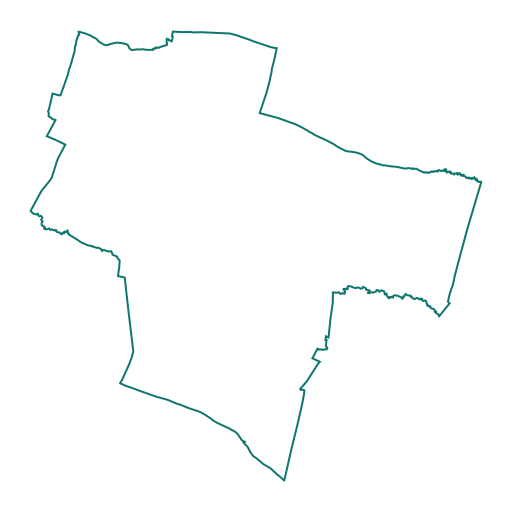 outline of Vela, Dolj, Romania
{"feature_id": "2599482B98796919429095", "entity_name": "Vela", "entity_type": "district", "adm_level": 2, "iso_a3": "ROU", "parent_name": "Romania", "parent_adm1": "Dolj", "projection": "orthographic", "projection_center": [23.395, 44.274], "detail": "fine", "context": "isolated", "style": "outline", "palette": "teal", "viewbox_px": 512, "rotation_deg": 0, "n_neighbors": 0, "source": "geoboundaries", "source_scale": "gbopen_adm2", "svg_char_len": 5926}
<svg xmlns="http://www.w3.org/2000/svg" viewBox="0 0 512 512"><path d="M284.0,480.4L284.7,478.6L291.2,450.1L297.7,423.6L302.1,404.3L304.1,393.6L304.4,390.5L304.2,390.2L302.8,389.7L300.7,389.8L300.2,389.0L306.8,381.3L317.9,364.0L319.8,361.8L312.4,358.3L317.5,348.7L318.2,348.8L318.9,349.6L321.3,349.4L322.7,349.8L324.1,349.7L324.8,349.3L326.4,349.3L327.1,349.0L327.3,347.8L325.8,346.0L326.6,340.2L325.5,340.1L325.9,336.4L328.5,337.5L330.7,316.7L332.8,302.7L332.9,292.5L333.8,292.3L336.1,292.8L338.8,292.3L339.4,292.6L340.0,293.7L340.5,293.9L341.2,293.9L342.5,293.0L344.2,293.8L344.8,293.2L345.0,291.3L344.8,290.9L343.6,289.7L343.5,289.1L343.8,288.8L345.4,288.8L347.5,289.2L347.7,288.8L347.6,286.5L348.6,286.1L350.8,286.4L354.5,287.9L356.4,288.0L356.9,287.6L358.2,287.4L360.7,288.7L362.4,288.2L362.9,287.0L365.1,287.7L366.0,288.5L366.1,289.7L369.5,290.4L369.1,291.8L367.8,292.6L367.9,292.9L369.1,293.2L369.5,293.2L370.9,292.1L373.1,292.7L376.2,291.4L376.4,291.0L376.4,290.3L376.7,290.1L378.4,290.3L379.2,291.5L379.6,291.8L381.3,290.3L381.9,290.4L384.2,291.5L384.5,292.3L384.6,294.1L384.9,294.4L386.6,293.7L386.8,294.0L386.6,295.4L388.7,298.2L389.5,297.9L389.7,297.0L391.2,297.3L391.3,296.9L391.6,296.8L393.0,297.4L393.2,296.1L394.8,295.2L398.0,295.9L400.1,296.8L401.3,297.5L402.0,298.5L402.5,298.7L402.9,298.0L403.0,296.5L404.1,296.5L405.1,295.1L405.3,294.1L405.7,294.1L407.4,295.2L409.9,295.7L410.5,296.1L410.7,296.6L411.3,296.2L412.4,297.8L413.5,298.8L415.2,298.9L416.6,298.0L417.3,298.0L419.8,299.5L420.4,299.2L420.9,298.5L422.3,299.1L422.0,300.0L422.3,300.5L423.7,301.0L425.0,300.5L426.1,301.1L426.6,302.6L426.6,303.6L427.4,304.4L427.2,305.3L427.3,305.7L428.6,305.7L429.5,306.7L430.3,306.4L430.5,307.5L430.8,307.9L432.0,308.6L434.0,309.2L434.8,310.4L434.7,311.5L435.7,311.4L436.1,311.7L436.1,312.0L435.7,312.5L435.8,312.9L439.3,315.0L438.8,315.8L439.1,316.3L449.6,303.4L448.0,301.8L448.5,298.9L449.3,295.6L451.4,288.6L452.3,286.9L454.1,279.5L454.4,277.5L457.4,265.7L467.4,228.7L481.3,182.0L480.9,181.7L480.2,182.0L479.6,181.7L478.8,181.9L478.5,181.5L477.7,181.4L477.4,181.1L477.4,180.6L476.4,180.3L476.8,179.4L475.6,179.4L475.8,178.8L475.6,178.4L474.3,178.4L474.2,177.5L472.1,179.1L471.7,179.0L471.6,178.1L470.9,178.5L469.6,178.5L469.7,177.8L469.5,177.6L468.7,177.6L467.7,178.2L467.0,177.7L466.2,177.8L465.6,176.6L464.1,176.1L463.8,175.2L463.3,175.7L462.6,175.6L462.4,175.3L462.7,174.8L462.4,174.7L461.9,175.4L461.9,175.7L460.9,175.4L460.5,174.9L460.4,173.9L459.5,173.1L458.5,173.5L458.6,174.1L457.6,174.6L457.1,174.1L457.0,173.1L455.9,173.5L454.8,173.5L454.0,174.4L453.5,173.7L451.0,173.7L450.6,173.3L451.0,172.3L450.5,171.7L449.6,172.0L448.9,171.6L448.3,172.1L447.6,171.9L446.8,172.5L446.3,171.7L446.3,170.0L445.9,169.4L445.1,169.1L444.7,169.4L445.3,170.1L445.3,170.7L445.0,171.0L444.2,171.1L442.5,170.5L441.4,170.9L440.1,170.8L439.5,170.2L438.9,170.2L437.9,170.6L437.9,171.3L437.6,171.6L436.9,171.0L436.0,171.0L434.1,171.8L433.5,171.3L432.5,171.9L431.6,171.4L430.7,172.1L430.2,172.1L429.5,172.6L429.0,172.4L428.4,172.9L427.1,172.3L425.5,172.7L425.2,172.3L423.9,172.5L418.9,170.3L416.3,168.7L414.2,168.9L413.3,168.4L412.7,168.9L412.1,168.6L411.4,168.8L410.5,168.3L408.7,168.1L405.0,168.6L395.8,166.7L391.1,166.4L385.3,165.4L383.1,165.4L380.3,164.4L379.0,164.3L375.3,163.1L371.0,161.2L366.3,158.2L362.7,154.9L359.0,153.3L354.3,152.1L345.9,151.1L343.2,149.7L338.8,147.5L333.6,144.1L326.0,140.1L315.8,135.5L301.9,127.4L296.0,124.5L278.1,118.0L259.7,113.1L266.3,93.4L269.6,81.1L271.5,72.2L271.9,68.9L274.5,58.8L276.7,48.2L274.7,48.0L270.4,47.0L253.6,41.4L249.5,39.7L236.0,35.1L229.9,33.5L200.6,32.2L192.8,32.4L190.8,32.0L182.6,32.1L172.9,31.6L172.0,36.1L172.7,36.5L172.5,38.5L171.7,41.3L169.0,40.3L169.1,39.5L166.8,38.9L166.6,41.8L166.6,42.5L167.0,43.1L166.9,45.0L160.3,47.0L158.8,47.5L158.6,47.9L155.6,47.5L155.3,48.7L153.2,48.7L152.9,49.9L145.9,49.8L143.4,49.2L140.8,49.5L136.2,49.4L132.4,50.1L131.8,50.0L129.8,48.9L129.2,48.0L128.3,45.7L127.1,44.5L125.4,43.9L120.4,42.9L116.3,42.6L110.0,44.1L107.7,45.1L105.4,45.1L103.5,44.4L98.8,41.6L96.3,38.7L93.1,37.2L90.7,35.6L83.5,32.8L81.2,32.5L80.3,31.9L78.6,31.9L79.2,34.2L79.2,34.8L78.2,35.2L76.8,39.6L76.2,40.3L76.4,41.9L76.2,42.5L75.6,44.5L75.8,45.2L75.0,46.6L74.8,47.8L74.8,50.3L71.3,62.9L68.8,70.6L68.0,74.2L60.7,94.9L60.3,95.3L59.2,95.4L52.6,93.6L49.0,109.1L48.1,111.3L48.8,113.3L48.6,116.2L50.2,117.1L53.0,119.5L54.1,119.4L55.5,120.1L46.8,136.2L54.9,139.6L65.3,144.6L58.4,157.7L57.1,160.7L51.8,177.5L50.2,180.1L41.4,191.0L30.9,210.3L30.7,211.1L33.4,213.7L36.5,214.5L36.9,214.4L37.3,213.8L37.8,213.7L38.1,214.2L38.1,214.8L38.7,215.8L39.4,216.2L40.8,215.9L41.6,216.4L42.2,217.5L42.2,218.4L41.7,218.7L41.2,219.5L41.4,220.3L42.6,221.4L41.6,223.3L41.5,224.2L42.0,225.4L42.4,225.8L43.5,225.8L43.9,226.6L44.8,227.2L45.0,227.6L44.1,228.4L44.4,228.8L46.2,229.4L47.9,229.1L49.0,228.5L50.4,229.9L51.9,229.4L53.1,229.8L53.7,230.4L56.0,230.0L56.3,230.5L56.2,231.3L56.7,231.9L59.1,232.4L61.4,234.3L61.9,234.2L62.5,233.4L62.5,232.9L64.1,233.2L64.3,232.8L64.2,231.7L64.3,231.6L66.4,232.1L67.3,230.5L67.7,230.6L67.7,232.5L67.9,233.0L68.7,233.4L68.7,234.4L77.8,240.0L81.4,242.5L88.3,245.5L89.9,245.5L91.7,246.4L92.4,246.0L93.7,246.9L95.0,247.4L95.9,247.4L96.8,247.9L97.7,247.7L100.0,248.4L101.4,249.3L101.6,250.6L102.1,251.0L103.2,250.0L104.1,250.0L108.0,251.4L109.8,251.5L110.9,251.2L112.1,252.8L112.2,253.9L112.6,254.7L117.1,256.6L117.6,258.3L119.5,260.2L119.7,260.6L119.2,267.6L118.5,272.0L118.1,276.1L124.7,277.5L128.5,311.4L133.3,351.4L131.9,356.9L128.8,365.1L122.0,380.0L120.1,383.2L125.7,385.8L131.4,387.7L139.6,390.8L156.3,396.7L167.6,399.8L177.3,403.9L180.5,404.8L188.9,408.2L199.7,411.8L205.0,414.7L211.6,419.1L213.2,420.5L217.5,423.0L229.7,428.7L231.2,429.7L234.6,431.3L237.9,434.3L241.9,440.3L244.8,441.8L243.6,442.7L247.6,446.9L250.4,452.2L253.3,456.2L256.1,458.0L263.5,464.2L270.9,468.6L277.4,474.7L280.2,476.8L284.0,480.4Z" fill="none" stroke="#0f766e" stroke-width="2"/></svg>